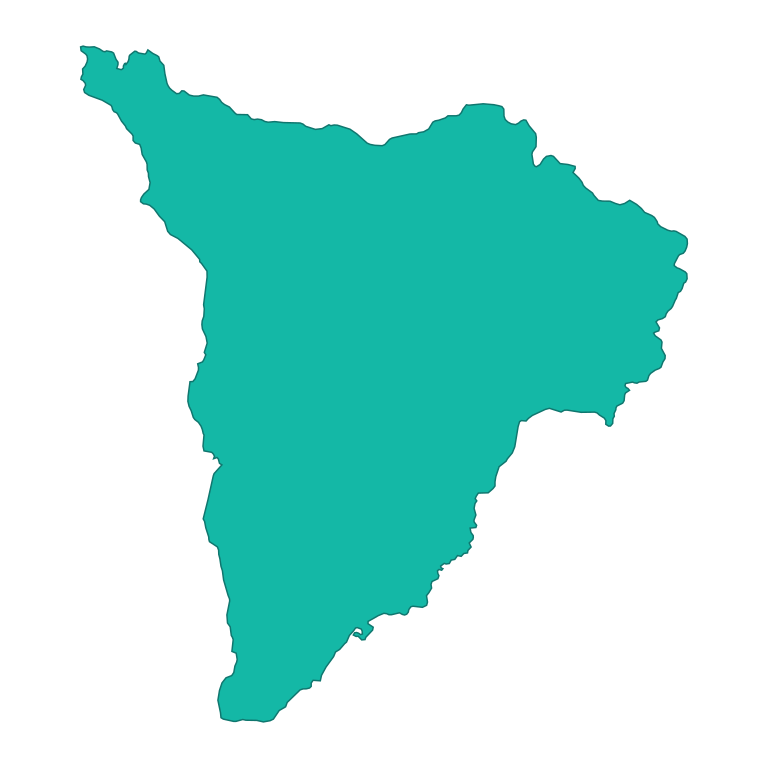 outline of Ermera, Ermera, East Timor
{"feature_id": "22284137B14876648157947", "entity_name": "Ermera", "entity_type": "district", "adm_level": 2, "iso_a3": "TLS", "parent_name": "East Timor", "parent_adm1": "Ermera", "projection": "orthographic", "projection_center": [125.411, -8.766], "detail": "fine", "context": "isolated", "style": "filled", "palette": "teal", "viewbox_px": 768, "rotation_deg": 0, "n_neighbors": 0, "source": "geoboundaries", "source_scale": "gbopen_adm2", "svg_char_len": 6041}
<svg xmlns="http://www.w3.org/2000/svg" viewBox="0 0 768 768"><path d="M575.1,166.4L568.0,164.5L560.1,163.6L553.5,156.4L551.0,155.5L546.4,156.4L543.5,159.1L540.1,164.5L536.5,166.7L534.9,166.2L533.4,164.1L531.9,154.3L532.5,151.8L536.0,146.7L536.3,137.3L535.6,133.6L529.1,125.8L525.9,120.2L523.7,119.9L520.9,121.1L518.6,123.1L515.6,124.6L511.1,123.8L507.8,122.0L505.2,119.5L504.0,116.1L503.8,109.1L501.9,106.6L498.7,105.7L493.8,104.7L483.2,103.8L468.9,105.2L466.4,104.8L463.1,109.0L461.4,112.6L459.1,115.1L456.2,115.8L448.0,115.8L445.4,117.9L438.8,120.2L435.1,120.9L432.8,122.2L428.7,129.0L423.7,131.8L418.5,132.7L416.6,133.9L410.1,134.0L392.1,138.0L389.5,139.4L384.9,144.6L382.2,145.7L374.8,145.3L370.1,144.4L367.1,143.1L356.8,133.9L350.0,129.2L337.4,125.2L334.1,125.0L330.9,125.7L328.9,124.8L322.2,128.6L315.4,129.4L305.7,126.3L303.0,124.1L300.1,123.0L283.5,122.6L274.7,121.6L268.2,122.2L264.9,121.5L261.5,119.7L257.5,119.1L254.2,119.6L251.3,118.9L247.6,114.7L236.7,114.5L234.8,112.9L229.4,107.0L224.6,104.6L221.7,102.4L219.6,99.4L217.1,97.3L203.4,94.9L198.4,96.1L193.8,96.1L189.4,95.1L184.1,91.0L181.8,90.8L179.4,93.4L176.6,93.7L171.8,90.2L169.6,88.1L168.0,85.6L167.0,83.3L164.9,73.7L163.8,65.3L160.0,61.1L158.7,56.8L156.9,55.5L152.9,53.5L147.9,49.9L146.2,53.1L144.9,54.1L138.5,53.0L136.2,51.4L134.8,51.2L133.6,52.1L129.8,55.1L129.2,56.2L128.9,59.1L128.1,61.6L125.9,64.5L125.2,63.3L124.5,63.8L123.4,66.0L123.4,68.1L121.7,69.5L121.0,69.6L116.8,68.5L118.0,64.4L118.0,62.2L116.0,59.3L113.6,53.1L111.7,51.9L106.6,50.9L105.0,51.7L103.1,51.4L99.4,48.9L94.3,46.8L89.4,47.1L86.1,46.9L83.1,46.1L80.6,46.9L81.1,50.7L85.6,54.0L87.0,55.7L87.6,59.0L87.1,61.9L85.2,66.1L82.6,69.0L82.9,74.1L81.4,76.8L80.9,79.3L83.2,80.7L85.3,83.4L85.6,85.4L83.7,89.5L84.6,92.5L88.9,95.3L102.2,100.2L111.1,105.4L112.0,107.1L112.6,109.6L114.1,111.7L116.5,112.7L117.7,114.1L121.5,121.1L125.4,126.0L126.6,128.7L131.9,134.0L133.1,135.9L133.1,140.5L135.3,143.0L139.7,144.4L141.1,147.9L142.2,154.5L146.4,161.9L147.1,164.3L147.2,170.0L148.4,173.1L148.5,176.6L150.1,182.6L148.9,189.4L143.9,194.0L141.5,197.4L140.6,199.8L140.6,201.7L143.4,203.8L146.3,204.1L149.7,205.3L154.1,208.9L159.4,216.2L164.7,221.7L167.7,231.3L170.4,234.5L177.9,238.4L191.7,249.8L199.6,259.3L199.8,261.8L201.5,263.4L207.0,271.1L207.1,277.2L203.6,304.8L204.3,308.8L203.8,316.4L202.2,320.9L201.9,324.6L202.4,328.9L206.0,336.6L207.2,343.1L204.3,352.4L205.8,354.8L203.8,359.8L202.5,361.9L197.7,363.8L198.5,367.5L198.4,370.2L195.1,378.8L192.9,381.5L190.0,381.7L188.1,396.0L187.9,401.4L189.1,406.4L191.2,410.7L193.3,417.4L194.8,419.5L198.4,422.3L201.0,426.1L202.3,429.4L203.2,433.4L204.0,435.0L203.0,446.2L204.0,450.9L211.7,452.3L213.2,453.8L214.5,456.2L213.6,458.7L217.0,457.5L218.3,458.9L219.5,463.3L221.9,464.9L214.1,473.6L213.3,475.8L208.0,499.7L203.2,518.9L204.6,521.4L205.8,527.8L208.7,536.9L208.9,539.6L209.5,541.7L217.4,546.9L218.6,550.1L218.8,554.5L219.9,558.8L221.0,566.3L222.4,570.7L223.6,579.9L228.1,595.4L229.5,598.8L229.7,600.9L226.9,614.9L227.5,623.0L230.2,626.8L231.3,635.5L232.3,637.1L233.2,639.6L231.9,651.4L236.2,653.2L237.2,659.5L236.6,662.2L234.9,666.1L233.8,672.5L231.7,675.6L226.0,677.8L222.0,682.9L219.5,690.4L217.9,700.2L220.5,712.7L221.0,717.7L223.3,719.1L233.7,721.4L235.9,721.4L242.8,719.5L245.9,720.2L256.8,720.4L263.4,721.9L270.1,720.7L273.4,719.1L279.2,710.5L285.6,706.8L287.2,702.4L300.1,689.9L303.0,688.9L306.4,688.8L309.6,688.0L311.2,686.4L311.2,683.0L313.1,680.3L320.3,680.8L321.5,675.3L326.1,666.9L333.6,656.6L335.5,652.0L339.7,649.4L344.6,643.7L346.5,642.1L349.4,635.4L353.6,630.8L355.5,628.0L357.3,627.6L361.1,629.0L362.1,630.8L362.4,634.0L360.5,634.6L358.6,633.2L356.5,632.5L354.6,632.8L353.3,635.0L356.0,636.4L358.2,636.3L361.7,639.9L365.0,639.6L365.8,637.3L372.6,630.1L373.2,627.2L368.0,623.7L368.1,621.4L378.3,615.6L383.9,613.3L386.8,613.7L388.9,614.7L391.5,614.7L399.5,612.8L402.3,614.4L404.6,615.0L406.7,614.2L408.3,612.1L408.8,609.6L410.8,606.8L412.9,606.2L422.5,607.3L426.6,605.3L427.5,602.1L426.5,595.7L428.9,592.6L431.6,588.1L431.0,584.4L432.0,581.5L437.9,578.7L438.9,575.7L437.8,573.4L437.5,570.7L439.0,569.5L441.7,570.2L442.9,568.7L441.2,567.9L440.6,566.1L444.2,563.4L446.1,564.0L449.3,563.5L451.2,560.1L454.8,559.4L457.5,555.6L461.2,556.3L463.8,553.5L467.5,552.9L467.9,550.5L471.1,547.0L469.2,543.0L472.9,539.3L473.3,537.4L473.2,535.6L470.9,532.4L470.1,528.1L475.9,527.5L476.6,525.3L474.1,521.9L474.0,520.1L475.9,515.0L474.1,508.4L475.0,503.5L476.8,500.9L475.2,498.7L476.2,496.3L478.3,493.1L488.2,492.8L493.0,488.6L495.0,486.0L495.0,481.8L495.8,476.6L499.1,466.7L506.1,461.2L507.3,458.9L512.3,452.9L514.8,446.7L518.1,426.6L519.6,421.6L521.4,420.6L526.1,421.0L528.4,418.4L532.4,415.4L545.3,409.4L549.4,408.3L561.1,412.0L564.4,410.2L567.1,410.1L581.1,412.3L594.6,412.1L597.1,412.9L599.4,415.0L604.3,418.1L605.9,420.6L605.8,424.3L608.6,426.1L610.5,426.0L612.7,423.4L612.9,418.7L614.3,416.3L614.0,413.6L615.8,409.8L616.0,407.7L617.0,406.0L622.7,403.1L624.1,400.7L624.7,394.7L625.6,392.9L629.5,390.3L627.9,388.4L626.1,387.5L625.0,385.7L625.6,383.5L632.6,382.1L634.3,382.8L637.0,383.2L639.2,382.0L645.9,381.3L647.5,380.1L648.9,375.6L650.6,373.4L655.2,370.1L659.2,368.5L661.0,367.2L662.9,362.0L665.0,358.7L665.2,355.5L661.4,348.4L662.0,342.1L661.0,340.0L655.2,335.8L653.6,333.1L655.1,332.1L658.8,330.8L659.5,327.9L656.0,321.9L658.0,319.9L662.4,318.6L665.3,316.7L666.2,313.8L667.9,311.2L671.2,308.4L672.6,306.3L675.3,300.0L676.3,298.5L678.2,292.6L680.5,291.3L682.1,288.6L683.8,283.2L685.6,282.0L687.1,278.8L686.8,273.7L685.2,271.9L679.3,268.6L677.1,267.9L674.2,265.6L674.4,263.6L678.4,255.9L679.6,254.6L683.3,253.2L685.1,251.0L686.7,247.1L687.4,243.6L687.1,239.1L684.9,236.4L676.1,231.4L673.9,230.9L671.4,231.2L667.7,230.2L660.7,226.7L657.8,223.9L657.1,221.5L654.4,217.4L651.7,215.5L644.6,212.4L641.4,208.5L636.6,204.4L629.7,200.3L624.6,203.5L619.9,204.8L615.5,203.5L610.0,201.2L602.5,201.1L598.3,200.4L594.0,195.5L592.5,193.0L585.6,187.9L583.3,185.4L582.0,182.2L578.9,178.1L573.0,172.5L575.2,168.6L575.1,166.4Z" fill="#14b8a6" stroke="#0f766e" stroke-width="1.5"/></svg>